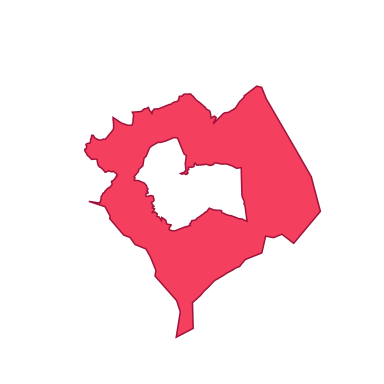 the district of San Juan Ozolotepec, Oaxaca, Mexico, rotated 127°
{"feature_id": "50627088B94115482977421", "entity_name": "San Juan Ozolotepec", "entity_type": "district", "adm_level": 2, "iso_a3": "MEX", "parent_name": "Mexico", "parent_adm1": "Oaxaca", "projection": "robinson", "projection_center": [-96.203, 16.098], "detail": "fine", "context": "isolated", "style": "filled", "palette": "rose", "viewbox_px": 384, "rotation_deg": 127, "n_neighbors": 0, "source": "geoboundaries", "source_scale": "gbopen_adm2", "svg_char_len": 6074}
<svg xmlns="http://www.w3.org/2000/svg" viewBox="0 0 384 384"><g transform="rotate(127 192 192)"><path d="M95.6,134.9L72.8,189.0L66.5,199.3L68.5,204.0L83.9,208.2L84.6,207.4L91.8,208.3L98.3,207.8L101.0,208.5L103.5,209.7L105.4,210.3L107.5,211.7L108.4,213.0L109.6,213.8L110.7,214.2L125.0,216.1L118.1,217.3L117.8,219.7L121.3,221.4L119.5,223.2L118.5,224.1L117.6,225.2L116.7,226.5L116.7,227.5L116.9,228.9L117.2,230.2L117.0,231.1L116.5,232.1L116.4,233.1L115.9,240.2L116.0,242.4L116.0,244.0L115.6,245.7L115.3,247.3L114.9,248.5L114.9,250.6L114.5,252.0L118.7,257.3L120.2,257.6L120.6,257.4L121.4,257.7L122.4,258.7L122.7,259.3L123.3,259.7L125.7,258.5L126.1,258.6L126.3,258.3L126.6,258.0L127.1,257.9L127.8,258.1L129.6,259.1L130.4,259.9L131.2,260.5L132.4,260.9L133.1,261.3L134.0,261.4L134.6,261.5L134.9,261.9L135.4,262.6L145.6,268.7L148.6,272.2L151.3,272.1L153.5,271.1L153.6,271.6L153.4,271.8L153.0,272.4L152.5,273.5L152.5,274.9L150.6,277.7L150.9,278.0L151.5,277.9L151.8,278.1L152.1,278.5L152.8,278.6L153.4,279.0L153.7,279.6L154.1,279.9L154.6,280.2L155.7,280.6L156.6,280.7L157.5,280.5L159.7,282.6L164.2,287.7L164.9,286.0L165.1,285.9L165.9,284.9L166.5,284.4L167.4,283.9L168.9,283.2L169.5,282.6L170.5,282.1L171.3,281.3L174.7,280.1L177.3,283.3L179.4,290.0L180.0,299.9L181.9,298.4L182.7,297.5L185.0,295.5L185.8,294.9L187.5,293.5L188.4,293.0L189.6,292.5L193.3,292.5L194.2,292.6L195.6,292.6L198.3,292.8L199.0,292.6L202.0,293.1L202.3,293.4L202.6,293.8L202.8,294.2L203.5,295.0L203.9,295.2L204.4,295.3L205.0,295.6L205.6,296.1L205.9,296.9L206.3,297.6L206.7,298.6L207.1,300.7L207.2,302.1L207.1,302.7L206.7,303.4L206.5,304.1L206.3,304.6L206.3,305.1L206.5,305.7L206.7,306.0L207.2,306.2L208.1,305.8L208.1,305.5L208.5,305.2L209.6,304.8L210.1,305.0L211.6,304.3L213.7,302.9L214.0,303.0L214.3,303.3L214.8,303.3L215.1,303.8L215.9,304.5L217.2,305.3L218.1,305.2L219.1,303.4L221.3,302.5L222.3,303.4L223.2,302.8L224.1,301.6L224.6,299.6L225.6,297.9L225.8,296.2L225.9,294.0L226.4,292.4L226.3,291.6L224.8,290.0L223.9,289.1L223.1,287.7L223.9,286.6L224.9,285.8L227.1,283.1L227.2,282.1L227.4,282.0L227.6,280.8L227.6,280.0L227.4,279.9L227.4,278.9L227.6,277.2L227.6,275.9L227.8,275.8L228.5,273.5L228.2,272.9L227.2,272.3L226.5,272.2L225.3,271.2L224.8,270.4L224.7,269.4L224.5,268.8L224.1,268.1L223.5,267.6L223.0,267.5L222.7,267.4L222.6,267.1L222.9,266.2L222.8,265.3L222.8,263.8L222.9,263.3L223.2,262.7L223.2,262.0L224.6,262.0L225.1,261.4L225.4,261.5L225.4,261.8L225.6,261.7L225.9,261.8L226.5,261.8L227.5,261.6L227.8,261.6L229.1,261.7L229.4,261.8L229.7,261.8L230.5,261.9L230.8,262.0L231.2,262.4L231.6,262.6L232.2,262.6L233.1,261.3L233.8,260.6L234.5,260.3L235.2,260.4L237.6,260.4L238.0,260.6L238.5,261.1L238.9,261.3L240.4,261.5L241.0,261.7L241.5,261.6L242.7,261.9L243.3,261.8L243.6,262.0L244.2,261.9L244.9,261.5L245.2,261.5L245.5,262.0L246.3,262.2L246.9,262.3L247.3,262.3L248.1,261.9L248.7,261.7L249.1,261.7L249.7,261.9L250.2,261.8L251.0,261.4L251.8,260.6L252.4,260.5L252.9,260.2L253.1,260.0L253.4,260.0L253.9,259.6L254.5,259.6L255.0,259.5L255.3,259.5L255.6,259.1L255.8,258.8L256.3,259.0L261.6,268.8L256.1,252.6L260.5,243.0L262.8,241.6L267.5,220.5L265.6,214.2L268.2,205.8L266.4,199.1L265.2,194.5L269.0,185.9L276.3,173.7L281.4,170.9L288.0,138.8L294.8,129.2L317.5,117.2L300.2,109.0L280.1,125.0L269.6,123.0L264.0,122.8L261.2,122.2L258.0,121.7L254.6,121.3L251.5,121.0L248.6,120.5L246.1,119.3L244.2,118.6L240.7,117.1L235.6,115.3L229.4,112.4L227.5,111.8L225.9,111.1L223.3,109.4L222.6,109.1L219.7,109.1L213.9,108.8L198.6,99.6L182.9,106.6L179.3,99.3L171.6,94.8L171.8,79.9L130.2,77.8L108.0,106.0L95.6,134.9ZM193.2,163.8L194.5,168.5L198.1,168.5L198.3,168.2L199.3,168.5L200.0,169.3L201.1,169.4L202.9,169.8L210.6,172.3L211.8,172.0L215.1,175.0L216.6,174.4L218.4,174.7L219.7,173.1L220.3,174.3L222.3,174.6L222.9,175.8L233.6,182.5L234.8,184.3L235.8,187.3L234.8,188.5L231.2,188.6L230.8,188.8L232.7,192.7L231.4,194.8L230.3,195.9L230.5,200.8L233.2,199.3L231.7,203.1L232.7,205.3L230.3,206.7L230.3,209.5L232.9,211.7L230.6,211.2L227.9,211.8L227.8,212.2L228.7,214.1L228.0,214.3L227.6,214.5L226.3,213.9L225.3,217.6L224.3,217.9L223.1,217.3L221.5,217.3L218.7,220.4L219.4,222.6L222.6,225.2L222.9,226.6L220.6,227.9L219.8,226.5L218.6,226.8L218.2,228.9L216.2,228.8L215.9,230.0L214.3,232.3L213.6,235.3L215.1,241.7L217.5,245.1L215.0,246.0L214.6,247.5L214.0,247.4L207.9,247.1L206.0,248.1L200.7,247.0L194.0,250.6L190.9,250.2L182.0,252.5L178.8,251.6L172.8,249.0L171.5,247.1L167.0,243.6L159.1,239.0L158.3,237.1L157.5,236.1L166.4,221.2L166.3,218.4L173.2,214.6L178.4,210.0L181.6,210.4L184.1,212.3L183.9,210.8L183.3,210.4L182.7,210.0L182.3,209.6L182.0,209.4L181.8,208.9L181.7,208.1L181.8,207.5L181.5,207.2L181.1,207.2L180.4,206.7L180.2,206.6L179.9,206.7L179.5,206.7L179.1,206.7L179.0,207.7L178.0,208.2L177.5,208.4L176.9,208.6L176.5,208.5L176.1,208.2L175.7,208.3L175.3,208.8L174.9,209.3L174.7,209.5L174.2,209.5L173.6,209.2L173.2,208.3L172.5,207.3L172.5,207.1L172.1,206.9L171.8,206.8L171.6,206.7L171.4,206.4L171.2,206.1L171.0,205.9L170.1,205.9L169.6,206.3L169.3,206.4L168.8,206.7L168.5,206.8L168.2,206.9L167.5,207.1L167.3,207.1L167.2,207.0L167.1,206.9L167.1,206.4L167.3,205.9L167.7,205.2L167.8,205.0L167.7,204.5L167.6,204.2L167.3,203.7L167.1,203.3L166.7,203.3L166.6,203.2L165.9,202.4L165.5,201.9L165.4,201.5L165.3,201.3L165.2,201.2L164.8,201.0L164.3,200.5L164.2,200.3L163.9,200.3L163.5,199.9L163.0,199.2L162.9,198.8L162.8,198.7L162.7,198.7L162.6,198.4L162.4,198.3L161.8,198.1L161.6,197.9L161.3,197.6L161.2,197.3L160.9,196.3L160.7,195.5L160.4,195.1L160.2,195.0L160.1,194.7L160.3,194.1L159.7,193.5L159.3,193.1L159.1,192.7L158.6,192.4L158.0,192.0L157.8,191.8L157.1,191.4L156.0,191.6L154.6,190.9L151.7,184.8L149.5,182.3L148.7,180.9L147.1,175.9L146.2,170.6L142.9,167.4L155.4,157.5L162.3,151.9L163.7,150.9L165.9,148.6L168.1,144.4L170.3,143.3L170.7,141.8L182.2,130.5L182.5,131.4L182.5,131.9L183.1,133.2L183.1,134.0L183.2,134.9L183.2,135.4L184.2,137.0L185.2,138.7L185.8,141.2L187.0,145.2L187.3,146.4L188.3,148.1L189.4,151.0L189.6,152.4L189.8,153.7L190.6,155.5L189.1,157.3L189.3,157.6L190.1,159.0L193.2,163.8Z" fill="#f43f5e" stroke="#9f1239" stroke-width="1.5"/></g></svg>